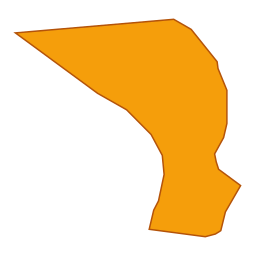 the Municipality of Šalovci
{"feature_id": "SVN-196", "entity_name": "Šalovci", "entity_type": "Municipality", "adm_level": 1, "iso_a3": "SVN", "parent_name": "Slovenia", "parent_adm1": "", "projection": "albers", "projection_center": [16.282, 46.821], "detail": "fine", "context": "isolated", "style": "filled", "palette": "amber", "viewbox_px": 256, "rotation_deg": 0, "n_neighbors": 0, "source": "natural_earth", "source_scale": "10m", "svg_char_len": 458}
<svg xmlns="http://www.w3.org/2000/svg" viewBox="0 0 256 256"><path d="M240.6,185.6L225.4,211.9L220.8,230.6L219.5,231.5L215.4,234.0L205.3,236.7L149.2,229.3L153.7,210.2L158.5,200.9L164.1,174.5L162.3,155.4L151.1,134.5L126.6,109.8L97.7,93.4L15.4,32.9L173.7,19.3L191.2,29.4L217.1,61.7L217.2,62.2L218.0,68.5L226.9,90.3L226.9,123.5L223.6,137.6L214.6,153.9L216.2,161.8L218.6,169.3L239.7,184.9L240.6,185.6Z" fill="#f59e0b" stroke="#b45309" stroke-width="1.5"/></svg>